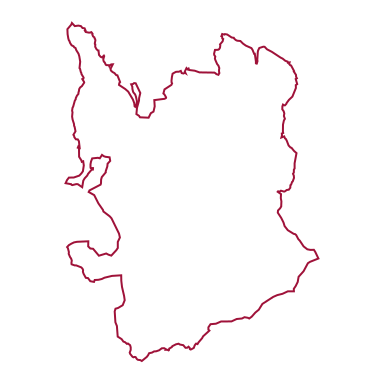 Ilva Mica, Bistrita-Nasaud, Romania
{"feature_id": "2599482B62914410963288", "entity_name": "Ilva Mica", "entity_type": "district", "adm_level": 2, "iso_a3": "ROU", "parent_name": "Romania", "parent_adm1": "Bistrita-Nasaud", "projection": "mercator", "projection_center": [24.67, 47.297], "detail": "fine", "context": "isolated", "style": "outline", "palette": "rose", "viewbox_px": 384, "rotation_deg": 0, "n_neighbors": 0, "source": "geoboundaries", "source_scale": "gbopen_adm2", "svg_char_len": 5772}
<svg xmlns="http://www.w3.org/2000/svg" viewBox="0 0 384 384"><path d="M249.2,318.5L251.7,316.7L255.3,312.6L258.8,309.7L262.4,303.9L273.2,296.9L277.3,295.1L282.5,293.8L287.9,291.3L293.9,291.3L293.8,288.8L295.6,286.2L297.7,282.0L298.6,276.8L303.6,271.2L307.9,263.2L310.1,261.8L318.4,258.5L315.3,252.0L313.9,249.8L310.4,249.9L307.3,249.3L303.6,246.4L299.8,240.7L298.3,239.1L296.2,235.1L295.2,234.2L293.6,233.8L287.8,230.2L284.6,226.1L283.5,222.5L281.2,217.9L277.8,212.7L278.0,210.5L280.1,208.3L281.2,206.5L281.4,201.3L280.8,198.2L281.0,194.1L277.7,191.8L278.1,191.3L279.6,191.7L280.9,190.7L284.1,191.6L285.0,191.3L286.7,190.0L288.8,189.7L290.3,187.7L290.4,185.2L291.1,184.7L292.1,181.9L292.7,181.5L294.0,177.9L293.8,175.6L293.0,173.8L293.8,172.6L293.9,169.6L294.6,168.5L294.6,163.3L296.5,153.1L294.0,150.9L291.5,147.8L290.5,147.5L288.6,145.5L286.8,140.8L285.8,138.9L285.0,138.4L284.2,136.4L281.4,137.5L282.0,135.3L281.8,133.5L283.2,133.0L282.9,131.5L283.0,124.6L283.9,120.5L284.9,118.8L283.9,116.0L284.3,113.4L283.7,111.3L282.3,109.3L282.4,106.3L283.0,104.6L284.0,105.3L285.0,105.3L286.3,103.9L286.7,102.9L289.0,99.8L292.4,96.6L295.9,88.0L295.8,85.1L297.2,84.1L295.7,79.0L296.9,78.3L296.1,76.8L296.0,74.9L293.8,71.5L294.1,71.1L291.1,65.5L290.2,65.2L289.2,64.0L289.6,62.4L287.8,62.7L287.6,61.6L285.3,60.8L282.6,58.6L280.6,57.6L271.8,51.8L267.0,49.3L264.6,46.8L263.3,46.7L259.3,48.0L258.1,50.5L257.8,51.9L257.3,59.8L257.5,61.1L256.8,63.6L256.3,63.6L255.9,63.3L255.9,61.4L254.8,53.8L254.2,53.9L252.5,49.8L251.4,48.1L245.8,45.6L243.0,43.6L240.4,41.0L237.2,40.7L235.7,40.0L233.9,38.3L233.8,37.8L231.7,37.5L227.2,34.5L224.8,34.1L224.3,34.6L222.2,34.0L221.4,36.2L222.1,36.4L222.3,38.5L223.2,39.0L222.6,41.4L220.0,44.4L220.3,45.2L220.0,47.7L219.1,49.2L218.0,49.8L215.0,49.9L214.1,53.6L214.2,54.9L215.3,56.6L214.9,58.4L215.2,59.6L217.1,64.0L218.4,65.6L219.3,68.1L219.0,70.0L219.1,72.2L219.4,73.0L218.4,74.8L216.3,74.1L215.7,73.4L214.4,72.6L199.5,72.4L194.7,70.7L189.1,70.0L188.6,68.6L187.7,69.4L186.5,68.1L184.8,71.6L185.5,73.1L184.9,72.7L183.5,73.5L181.7,73.1L180.8,70.9L178.9,71.7L176.1,71.8L174.7,72.5L172.6,73.7L171.9,77.1L171.5,80.7L171.6,82.5L172.1,83.3L171.4,84.9L164.5,89.4L163.4,93.5L164.4,94.4L165.8,96.8L166.1,97.5L165.9,98.1L164.6,98.8L154.3,100.1L154.7,106.4L153.5,111.6L150.8,113.2L148.6,117.7L140.0,117.3L139.0,115.8L136.4,114.1L137.0,107.8L139.0,100.6L139.1,98.1L140.3,93.0L135.7,83.3L134.1,83.1L133.0,84.0L131.2,84.3L132.3,86.6L132.4,88.9L133.0,91.4L133.4,92.4L135.1,94.4L135.9,96.5L136.9,101.0L136.6,103.9L135.2,106.8L134.6,106.3L134.2,103.0L132.9,99.5L128.2,91.6L125.2,89.0L119.0,84.9L119.3,83.1L120.1,82.1L117.4,75.3L116.2,75.1L114.5,73.1L112.5,72.0L110.9,70.5L110.5,68.9L112.8,64.3L111.2,64.4L109.7,65.4L109.3,66.3L108.8,65.2L106.3,65.1L105.7,64.6L104.7,62.4L103.9,61.7L103.5,60.7L103.3,59.3L104.2,56.1L103.9,55.6L102.0,57.4L100.6,56.8L99.0,54.9L98.5,50.5L97.9,50.5L96.5,49.2L95.2,46.8L95.3,44.4L94.9,44.1L94.8,43.3L95.4,40.3L95.1,39.0L94.7,38.7L94.4,37.4L93.1,36.4L92.3,34.5L92.6,33.9L91.7,32.5L91.2,32.1L90.3,32.6L88.7,32.6L85.7,32.0L84.9,30.7L85.5,30.4L84.6,28.3L82.5,28.0L80.9,26.1L78.3,25.6L74.8,26.1L71.9,23.0L71.3,24.6L67.4,29.2L67.6,34.2L68.3,38.4L68.9,40.4L69.5,41.1L70.0,42.8L71.6,45.3L73.6,46.3L74.2,47.3L75.5,48.0L76.3,50.2L78.5,53.7L79.3,56.3L80.2,61.7L79.5,68.1L80.0,68.7L80.8,72.0L81.3,72.9L81.5,74.1L83.6,77.6L83.4,78.6L82.3,79.1L84.0,81.8L84.2,82.6L81.9,86.1L80.1,87.5L79.2,89.1L78.8,91.7L78.5,92.2L78.4,93.9L77.0,95.6L75.8,98.1L75.7,99.3L74.8,100.7L73.2,106.5L72.5,107.9L72.1,110.7L72.5,112.3L72.1,116.6L72.6,119.6L74.0,124.0L74.1,125.8L74.6,126.8L75.5,131.3L73.4,134.8L74.1,135.9L74.4,137.3L75.9,139.3L77.8,139.4L78.9,141.2L79.6,147.3L78.4,146.3L77.8,147.7L78.9,148.1L79.0,148.7L79.1,156.8L81.4,160.4L81.8,161.8L83.2,161.3L83.8,165.4L82.9,171.3L81.4,173.4L79.3,175.6L73.8,177.5L68.9,177.6L67.0,180.1L65.6,183.2L71.2,184.2L71.5,184.8L72.3,185.1L76.3,184.1L77.8,184.2L82.2,187.2L83.3,180.6L84.7,178.3L87.2,175.6L88.1,173.8L91.6,169.7L92.9,169.6L93.0,168.1L90.7,168.0L90.5,167.3L90.5,164.3L91.0,161.6L92.2,158.4L97.9,157.8L99.8,158.3L102.0,154.9L103.8,156.2L105.5,156.8L109.6,157.3L110.2,160.9L107.6,163.7L107.3,166.5L105.7,171.3L105.8,172.3L101.8,177.1L101.1,179.6L101.0,183.2L100.6,184.6L89.5,190.4L88.7,192.0L94.2,195.1L98.4,203.4L103.0,210.0L103.4,211.5L109.8,216.4L111.5,218.3L119.0,233.6L119.9,237.5L117.8,241.9L117.8,248.0L116.3,250.2L111.3,255.6L108.5,254.7L106.2,253.5L98.9,255.7L93.1,248.8L90.3,248.5L88.2,246.4L88.3,241.3L77.0,241.8L74.0,242.4L71.3,243.7L68.8,245.2L67.1,247.1L67.9,248.2L68.9,252.1L68.7,253.8L70.1,257.1L71.1,258.5L71.8,260.6L71.4,263.0L71.6,264.3L74.7,265.4L76.2,265.4L81.3,267.4L82.5,268.7L83.1,270.1L82.9,271.8L83.6,273.8L85.8,277.8L88.0,278.1L90.3,281.2L94.0,281.9L94.7,280.0L98.4,279.8L101.8,279.0L104.5,277.7L112.0,275.9L121.2,275.3L121.3,280.8L122.0,286.9L124.1,296.0L124.7,300.2L122.7,305.2L118.0,308.0L115.5,308.7L114.7,311.4L115.4,322.3L116.9,326.0L117.7,336.6L121.6,339.1L123.4,341.6L124.9,342.1L127.0,343.9L127.9,343.5L130.1,345.2L130.7,347.3L130.7,349.9L129.7,352.6L130.1,353.8L132.4,356.7L133.4,357.3L134.7,356.9L135.6,357.1L136.9,359.1L137.9,359.8L140.3,360.1L141.8,361.0L146.8,356.9L148.1,355.2L149.1,353.2L152.0,352.6L154.1,351.4L156.1,351.3L159.1,350.3L161.8,348.3L164.2,348.2L165.9,349.2L165.6,349.8L167.3,349.8L168.6,350.4L169.0,350.0L169.2,348.6L171.8,347.1L172.3,346.2L176.0,344.3L178.6,343.7L179.8,344.5L183.3,345.2L185.5,347.8L187.3,347.7L188.5,346.7L189.7,347.9L189.9,349.1L190.5,349.5L191.3,349.3L193.8,347.9L194.7,345.4L195.6,344.1L196.1,343.6L197.5,344.1L198.5,342.4L202.1,338.2L203.1,336.3L209.4,330.6L208.4,329.6L208.4,327.3L210.5,324.2L216.0,323.7L221.0,321.5L231.5,321.4L236.7,319.0L242.0,318.5L244.5,317.2L247.9,317.8L249.2,318.5Z" fill="none" stroke="#9f1239" stroke-width="2"/></svg>